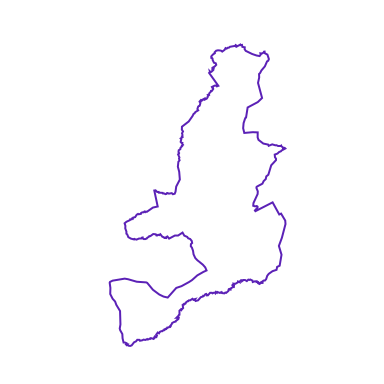 Sai Mun, Yasothon, Thailand (Equal Earth projection), rotated 242°
{"feature_id": "78962969B82059554981356", "entity_name": "Sai Mun", "entity_type": "district", "adm_level": 2, "iso_a3": "THA", "parent_name": "Thailand", "parent_adm1": "Yasothon", "projection": "equal_earth", "projection_center": [104.191, 15.992], "detail": "fine", "context": "isolated", "style": "outline", "palette": "violet", "viewbox_px": 384, "rotation_deg": 242, "n_neighbors": 0, "source": "geoboundaries", "source_scale": "gbopen_adm2", "svg_char_len": 5934}
<svg xmlns="http://www.w3.org/2000/svg" viewBox="0 0 384 384"><g transform="rotate(242 192 192)"><path d="M91.2,60.9L90.5,62.2L89.3,63.2L88.8,62.8L88.3,63.3L88.3,62.2L87.2,62.5L86.8,63.7L85.9,64.0L85.1,65.2L84.9,66.7L86.5,70.3L86.4,72.5L87.2,74.3L86.1,76.2L85.1,76.2L84.4,78.5L84.4,79.9L83.3,81.3L83.2,83.3L82.7,83.3L82.3,84.4L82.4,86.4L81.9,86.4L81.9,87.6L80.3,89.1L80.7,90.4L81.2,90.2L81.6,90.8L80.9,90.8L81.3,92.1L80.7,92.5L81.6,93.5L82.0,93.0L82.8,93.3L84.0,95.8L82.7,96.5L83.6,98.0L83.5,99.7L83.0,100.5L83.4,101.6L83.0,102.6L83.3,103.1L83.2,104.0L83.6,103.8L83.5,106.2L83.9,106.5L83.4,107.9L83.6,108.9L83.1,109.4L83.6,110.3L84.1,110.2L84.8,112.0L85.6,112.8L85.7,114.6L85.3,116.8L85.7,117.1L86.2,120.3L87.3,121.3L87.9,120.6L87.7,119.8L88.1,119.9L88.3,119.4L89.1,122.0L89.6,122.6L89.5,123.3L93.1,125.2L93.5,126.7L92.8,127.1L93.6,127.8L93.2,128.2L93.7,129.7L96.6,130.7L96.4,131.8L96.9,131.9L97.0,132.6L96.6,132.7L96.5,133.8L97.4,135.0L97.7,137.1L97.4,137.4L97.8,138.4L97.2,139.5L97.5,142.3L96.4,142.7L96.0,144.5L95.5,143.4L95.1,144.0L94.1,144.0L93.5,146.5L95.0,150.4L94.6,152.6L95.1,153.1L94.7,153.6L94.9,154.5L95.5,155.8L95.3,156.7L94.4,156.7L94.0,157.3L93.6,156.9L93.3,157.5L94.5,160.7L93.6,162.3L92.9,162.5L92.8,164.1L92.2,165.0L92.4,165.5L91.5,165.3L91.9,166.6L91.4,166.8L91.9,167.4L89.9,169.1L89.9,170.1L89.4,170.3L89.6,171.2L88.5,171.3L87.3,173.0L87.6,174.2L86.9,174.8L87.5,177.6L88.5,178.4L87.9,179.8L88.8,179.7L88.4,181.1L88.8,181.6L88.7,183.5L89.1,183.9L88.6,184.4L89.2,184.8L89.3,184.2L90.3,184.0L90.2,184.8L91.0,184.6L91.1,185.8L91.5,185.8L90.6,187.2L90.7,190.0L91.4,190.6L89.9,191.8L90.5,192.0L91.1,193.8L90.6,194.8L89.8,194.4L90.1,196.2L89.3,197.6L87.6,198.6L88.2,200.6L87.4,201.4L87.4,202.3L85.4,203.8L84.0,203.4L83.6,205.6L82.8,207.2L82.1,206.8L81.5,208.0L80.5,207.5L79.1,208.4L79.2,209.1L79.9,209.3L79.9,211.2L79.2,210.4L78.6,211.6L80.0,212.5L80.2,213.6L79.6,214.8L80.2,216.5L82.7,219.1L83.7,221.3L84.3,225.9L83.6,230.1L85.9,232.0L85.8,234.8L94.6,241.6L103.6,243.4L109.4,249.9L119.8,259.5L123.0,260.9L131.1,260.5L131.2,258.5L145.0,258.3L145.3,239.0L146.2,238.9L147.4,242.5L148.3,243.0L149.2,242.6L149.7,241.0L151.1,239.6L153.4,241.1L159.4,249.0L161.7,250.4L165.4,250.8L166.3,251.6L166.3,258.1L168.0,260.4L168.8,263.2L170.9,264.9L171.4,267.5L178.4,274.5L180.7,281.1L181.9,281.8L183.8,281.6L186.2,282.6L185.8,285.5L186.4,287.6L186.2,289.7L186.6,290.5L186.6,294.8L187.5,294.5L188.0,292.9L188.7,293.2L190.4,292.4L191.1,292.5L191.0,291.9L192.2,289.6L193.6,288.6L194.1,287.5L196.4,285.2L196.8,281.4L198.1,281.5L201.3,277.7L206.8,275.2L209.4,275.6L213.8,278.0L216.3,273.7L219.6,265.9L224.3,267.1L228.6,269.9L231.6,273.0L232.5,274.2L232.4,274.7L240.5,280.8L240.5,292.3L242.1,298.0L257.3,301.5L261.6,305.1L264.7,306.6L265.1,308.0L266.7,310.3L268.7,315.3L272.1,319.6L272.1,320.9L273.3,322.3L277.9,323.1L280.4,321.4L281.9,322.0L282.1,321.4L281.6,320.8L281.4,319.1L282.3,317.5L281.2,317.4L280.3,315.5L282.2,313.1L285.6,309.9L291.4,305.7L293.4,305.5L295.0,306.5L296.5,304.6L298.4,305.2L298.9,303.7L299.5,303.8L299.4,299.3L300.1,298.9L299.8,299.8L300.0,300.2L301.2,299.5L300.7,298.9L302.4,293.7L302.1,292.2L302.6,291.3L302.3,289.9L303.3,289.2L302.2,287.5L301.8,284.6L302.9,284.2L303.8,283.2L304.9,281.5L305.4,279.7L304.7,277.5L303.8,277.3L303.6,275.1L302.7,272.7L301.3,272.0L300.7,272.7L299.9,272.7L299.0,272.2L295.8,272.1L294.5,273.4L292.9,273.1L292.2,271.1L292.1,268.4L291.7,268.3L291.4,269.5L290.8,269.1L290.9,267.6L290.4,267.4L290.1,268.3L289.7,268.1L289.0,265.5L289.2,264.7L290.2,264.4L289.5,264.2L289.1,263.0L273.4,265.1L273.6,263.5L274.8,263.1L275.3,261.9L275.4,258.9L274.6,258.9L274.5,259.5L273.0,259.1L271.9,256.9L272.3,256.2L271.7,255.7L271.2,253.9L270.3,252.9L270.3,251.9L269.5,252.3L269.1,250.7L268.3,250.3L267.5,248.8L267.6,246.8L268.6,247.2L268.6,244.7L268.1,244.5L268.2,243.5L269.0,243.1L268.6,242.0L268.0,242.5L267.9,241.1L266.8,241.3L265.0,239.7L264.5,239.0L264.7,238.1L264.3,237.3L262.7,235.7L261.2,235.8L261.0,232.5L260.2,231.1L260.3,230.2L258.8,228.1L255.8,222.2L254.4,213.8L251.8,212.3L249.7,212.5L248.5,210.7L247.5,210.6L245.8,209.8L245.8,209.3L244.9,209.4L244.6,207.1L243.6,207.3L241.6,205.5L240.6,205.7L240.0,206.4L239.7,206.0L237.9,206.2L237.7,204.9L237.2,204.9L236.4,202.6L235.3,201.8L235.1,199.9L233.6,198.8L232.4,198.9L231.9,198.4L231.8,197.4L228.4,197.1L227.6,196.2L225.8,195.9L225.1,194.2L221.0,191.4L215.9,190.2L208.7,187.1L204.2,180.6L200.0,177.6L198.6,175.9L199.0,174.1L200.5,173.6L201.4,170.8L202.6,169.9L202.8,169.2L202.3,168.6L202.6,167.5L203.6,166.9L204.4,165.6L205.0,165.7L207.0,162.4L207.7,162.6L208.3,161.3L210.6,160.6L211.0,159.4L195.3,154.9L196.6,150.2L195.7,142.8L196.4,142.1L196.2,141.2L197.1,140.8L196.8,139.7L197.4,138.5L197.3,137.0L196.7,136.6L197.4,134.4L198.0,134.1L197.9,132.5L196.5,130.0L197.0,128.1L196.2,127.2L196.8,126.8L196.2,125.8L196.9,124.6L196.3,124.0L196.5,120.2L196.0,117.8L193.4,117.3L191.2,116.0L187.8,115.5L186.0,114.5L185.0,114.9L182.0,114.6L179.5,116.2L178.0,117.8L177.7,118.9L177.2,118.8L176.7,120.1L176.0,120.7L175.8,123.3L174.7,125.6L175.2,126.3L175.0,127.1L174.0,126.8L173.1,127.3L172.3,128.8L172.2,130.4L172.6,130.9L172.7,132.9L173.1,133.6L172.6,134.5L173.1,138.0L172.0,139.7L171.0,140.6L170.4,140.2L170.0,140.6L169.8,142.7L169.3,143.0L169.6,144.2L166.4,144.8L165.3,145.9L164.4,146.0L163.5,147.5L164.3,148.0L164.3,149.4L161.6,149.9L161.6,156.4L160.1,159.3L160.6,164.6L157.1,164.7L154.6,166.7L152.9,166.9L151.4,168.3L149.0,168.8L146.9,168.2L146.5,166.6L144.7,165.5L142.9,165.8L139.6,165.3L136.2,164.1L132.1,163.9L129.2,164.7L122.6,167.5L119.2,168.3L115.9,168.0L116.1,164.6L115.9,157.6L114.2,150.6L113.9,147.1L113.8,138.5L114.7,133.1L110.2,121.0L113.0,117.8L116.8,115.0L124.0,111.6L132.8,109.8L133.7,109.1L138.7,101.1L145.0,94.6L147.1,91.9L151.0,80.3L151.1,77.4L150.5,76.7L145.6,74.9L140.3,71.9L135.0,71.8L131.4,72.7L127.9,72.2L120.7,72.6L108.6,66.6L105.4,64.1L103.7,63.7L99.3,63.8L95.4,62.0L91.2,60.9Z" fill="none" stroke="#5b21b6" stroke-width="2"/></g></svg>